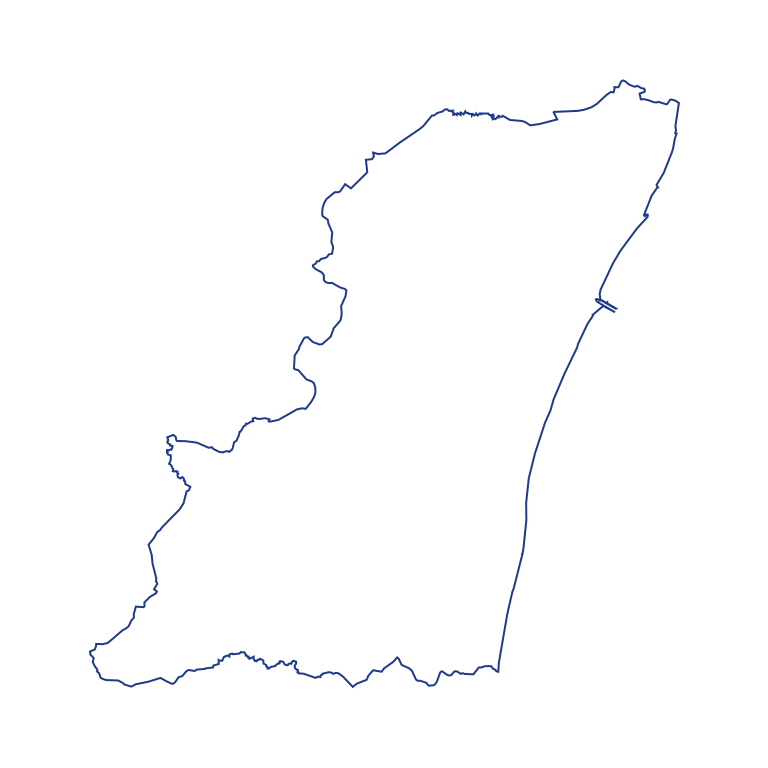 Cha-Am, Phetchaburi, Thailand (Albers equal-area conic projection), rotated 4°
{"feature_id": "78962969B57649176029209", "entity_name": "Cha-Am", "entity_type": "district", "adm_level": 2, "iso_a3": "THA", "parent_name": "Thailand", "parent_adm1": "Phetchaburi", "projection": "albers", "projection_center": [99.881, 12.769], "detail": "fine", "context": "isolated", "style": "outline", "palette": "blue", "viewbox_px": 768, "rotation_deg": 4, "n_neighbors": 0, "source": "geoboundaries", "source_scale": "gbopen_adm2", "svg_char_len": 6129}
<svg xmlns="http://www.w3.org/2000/svg" viewBox="0 0 768 768"><g transform="rotate(4 384 384)"><path d="M658.6,83.1L654.9,81.0L650.5,80.1L649.5,80.6L647.2,84.7L646.2,85.3L638.0,83.4L636.1,84.2L633.6,84.1L628.2,82.5L623.2,81.7L620.3,82.1L618.7,76.5L623.6,74.3L623.8,73.2L623.0,71.3L619.9,70.8L616.0,68.9L613.5,70.0L610.3,69.1L606.9,67.8L603.5,65.2L601.3,64.5L599.5,65.7L597.2,71.6L593.1,71.8L593.4,73.4L592.6,77.1L589.8,76.9L585.8,80.1L576.7,89.8L571.8,93.4L564.1,96.6L557.8,98.1L534.5,100.7L534.3,101.2L538.3,108.0L521.3,113.7L511.9,115.8L506.7,112.9L503.3,112.0L491.2,111.8L483.9,108.2L482.7,109.4L479.6,108.5L479.7,110.2L478.5,109.8L476.8,112.0L475.4,111.4L474.1,112.4L472.6,109.8L473.9,109.9L474.7,109.3L474.3,107.6L471.4,108.4L469.8,107.9L469.2,106.9L463.2,107.3L462.2,108.2L461.4,107.3L460.6,107.4L458.9,109.6L457.1,107.7L456.8,108.9L455.5,109.7L454.1,108.6L453.0,110.1L452.8,108.5L449.9,108.6L448.9,107.6L446.9,107.8L446.0,106.4L444.6,109.5L441.5,107.8L441.0,108.6L441.5,110.2L438.5,108.8L437.8,109.1L437.8,110.6L435.6,109.4L435.2,110.4L434.2,110.6L434.2,107.9L432.5,107.4L433.2,106.6L429.6,107.0L428.1,105.6L425.6,105.9L423.3,108.1L418.3,109.9L415.4,112.5L413.1,112.9L405.3,123.8L401.9,127.1L383.1,141.9L369.4,153.8L362.2,155.0L357.0,153.9L358.0,157.6L356.3,160.6L350.3,161.6L352.5,173.8L351.6,175.1L337.4,191.1L331.3,187.4L326.7,195.1L324.3,196.0L321.4,196.2L313.8,203.4L311.5,208.1L310.4,213.2L310.5,219.3L311.1,220.8L316.4,224.0L317.4,227.9L321.8,236.4L321.6,246.4L323.3,249.6L323.7,251.9L323.1,257.6L319.9,258.6L318.5,261.0L316.5,262.5L312.6,263.5L310.4,266.2L308.6,266.3L307.3,268.8L304.9,270.4L304.8,271.7L307.8,274.2L313.7,276.8L315.6,278.5L316.5,280.2L316.7,284.3L318.6,286.5L321.9,287.2L325.1,286.8L333.6,290.8L338.4,291.9L340.0,293.4L339.5,299.0L335.8,309.4L336.9,316.6L336.5,322.1L335.6,324.4L330.0,331.7L327.6,340.4L319.6,348.5L316.9,349.1L310.1,347.1L304.6,342.6L301.4,343.3L297.1,352.4L296.7,355.0L292.9,361.9L293.1,374.6L293.7,375.4L297.6,376.2L306.3,384.8L311.7,386.5L314.0,388.1L315.7,392.3L316.2,396.8L315.2,401.7L312.6,406.9L307.6,414.3L304.3,413.9L298.9,415.4L281.0,427.3L272.3,429.6L271.5,429.3L272.2,427.2L267.7,426.4L262.2,427.6L259.6,427.5L258.0,426.7L255.4,427.6L256.2,430.2L254.1,430.7L250.5,433.3L249.2,433.1L248.8,434.8L247.2,435.7L244.2,441.5L243.3,441.7L242.9,445.0L240.9,450.8L238.5,452.6L237.6,458.5L236.5,460.7L235.0,461.6L234.5,462.5L231.7,461.9L228.0,463.4L224.6,463.3L218.1,460.6L216.8,459.1L213.4,459.8L201.3,455.5L189.6,454.9L181.7,455.3L180.8,454.6L179.8,451.2L177.4,449.5L171.5,452.3L172.6,454.8L172.6,455.8L171.8,456.6L172.5,458.2L174.9,459.2L174.8,460.3L177.3,460.5L177.0,461.8L177.4,462.3L176.4,464.4L175.4,464.2L174.0,465.2L172.3,464.9L172.1,465.6L172.2,466.6L172.9,467.1L172.4,467.7L173.4,469.4L176.3,470.1L176.5,474.7L175.2,478.6L176.5,479.1L178.4,481.3L178.8,482.9L179.7,483.4L179.4,485.6L180.7,486.0L182.5,485.3L183.4,486.2L184.1,486.0L184.0,487.1L185.1,487.8L184.3,489.2L184.9,491.4L187.8,492.4L189.1,490.9L190.2,491.5L191.0,492.3L191.2,494.5L192.4,494.9L192.7,497.6L198.0,500.1L196.7,503.8L194.6,504.8L192.3,517.1L188.9,523.3L172.5,542.5L171.0,545.1L167.9,547.8L165.4,553.5L160.4,560.7L164.2,570.8L165.6,579.1L170.4,593.8L170.4,596.9L171.6,598.4L171.7,599.3L168.9,604.8L171.9,606.7L171.2,608.6L165.0,613.0L160.3,618.5L160.5,622.6L159.7,623.4L152.0,623.4L150.4,631.0L150.8,634.6L148.5,637.5L146.2,643.4L143.5,646.0L140.6,647.7L126.5,661.6L121.7,663.1L115.0,663.4L115.0,665.7L113.9,669.1L109.4,671.4L110.0,674.4L113.5,677.6L112.9,681.8L115.3,685.9L117.8,688.7L118.1,690.0L117.7,690.8L120.0,692.4L121.7,696.6L123.8,697.8L127.6,698.7L139.4,698.3L144.3,700.4L145.7,701.8L153.1,703.5L157.2,700.9L169.8,697.4L181.5,692.8L188.1,695.9L193.3,697.8L194.6,697.7L196.4,696.1L199.5,690.9L203.2,689.4L206.8,684.4L209.0,682.9L215.2,683.5L217.0,682.0L225.3,680.7L225.6,680.2L233.2,678.7L233.4,676.8L238.7,674.8L238.3,671.2L239.0,671.8L239.7,671.2L241.9,671.4L243.3,667.5L244.7,667.0L244.9,666.4L247.0,665.9L248.7,666.7L248.7,664.5L251.4,663.5L252.2,664.1L258.6,663.0L260.0,661.3L261.5,661.7L263.3,661.3L264.9,663.3L264.9,664.5L266.1,664.5L266.9,665.5L267.8,665.4L267.6,666.4L268.6,666.6L268.9,667.5L273.0,665.2L273.1,667.4L274.5,669.3L275.3,668.9L276.2,669.4L277.5,667.7L278.8,667.8L279.3,666.8L280.8,667.2L282.9,668.3L283.3,671.3L286.1,672.5L286.5,674.3L287.7,674.6L287.7,676.0L288.8,676.0L291.4,673.9L295.2,673.0L296.3,671.2L299.1,670.0L298.8,669.2L299.5,669.1L299.7,667.7L302.8,668.1L304.5,670.7L306.7,671.4L308.0,670.9L308.1,670.1L309.7,669.2L311.0,669.6L311.7,667.4L313.1,666.4L315.7,667.2L315.8,669.1L314.6,671.1L314.8,673.2L316.6,675.1L318.0,675.2L317.8,676.5L318.5,677.2L318.0,677.9L319.2,678.6L324.0,678.6L335.7,681.8L337.4,681.5L338.4,680.5L341.0,680.8L341.2,679.0L342.7,678.2L342.9,677.3L349.2,675.3L352.1,675.7L353.5,676.7L356.2,675.5L358.8,675.8L363.6,678.8L374.0,688.3L377.8,684.8L387.3,680.3L388.7,676.2L393.1,670.3L401.7,671.2L403.8,667.8L412.4,660.7L416.2,655.9L417.9,657.1L421.1,662.9L429.0,665.9L431.8,668.0L436.6,676.7L438.5,677.7L440.9,677.5L447.0,679.1L449.6,681.8L454.3,681.1L455.8,680.1L457.6,677.0L460.1,668.0L461.3,666.7L462.6,666.8L466.6,669.4L469.1,670.3L471.5,669.7L473.5,666.6L475.3,665.5L477.1,665.7L480.8,667.8L482.8,667.0L484.7,667.6L493.4,667.4L498.4,660.1L501.1,660.0L504.0,658.5L507.9,658.1L510.7,658.1L512.7,660.5L515.2,661.4L516.0,662.7L518.1,663.1L518.0,654.3L523.1,604.4L526.6,582.1L527.7,578.6L533.8,544.9L533.5,544.2L534.0,543.8L534.6,538.1L535.5,509.8L534.1,492.7L535.0,468.0L539.4,442.9L547.4,411.2L551.9,398.8L554.2,387.8L563.4,360.9L574.2,333.9L574.7,330.7L582.8,309.8L587.3,302.0L587.7,301.0L587.3,300.5L597.3,290.8L609.4,296.3L590.9,287.1L589.4,285.1L589.8,284.4L593.5,284.8L594.1,285.2L593.8,285.6L595.0,285.5L609.8,292.7L610.3,292.5L601.1,288.0L601.0,286.8L600.0,287.5L593.9,284.6L592.9,279.1L593.5,274.6L604.2,247.2L610.5,234.7L625.4,211.3L635.3,198.9L635.2,198.2L634.0,197.4L636.1,196.7L634.1,196.5L632.3,198.4L631.5,197.5L637.9,177.4L643.0,168.7L643.5,168.7L642.0,166.4L648.3,153.9L655.1,132.6L656.1,127.8L656.9,119.5L658.4,113.8L657.0,113.4L657.6,110.8L656.7,106.2L658.6,83.1Z" fill="none" stroke="#1e3a8a" stroke-width="2"/></g></svg>